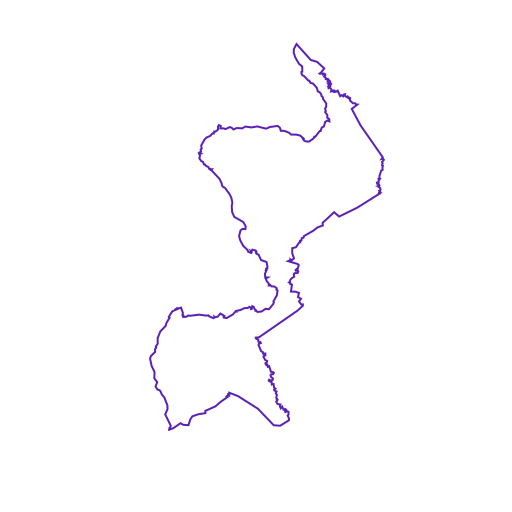 outline of Misamis Oriental, Misamis Oriental, Philippines, rotated 327°
{"feature_id": "2640588B53733148454792", "entity_name": "Misamis Oriental", "entity_type": "district", "adm_level": 2, "iso_a3": "PHL", "parent_name": "Philippines", "parent_adm1": "Misamis Oriental", "projection": "mercator", "projection_center": [124.765, 8.627], "detail": "fine", "context": "isolated", "style": "outline", "palette": "violet", "viewbox_px": 512, "rotation_deg": 327, "n_neighbors": 0, "source": "geoboundaries", "source_scale": "gbopen_adm2", "svg_char_len": 6145}
<svg xmlns="http://www.w3.org/2000/svg" viewBox="0 0 512 512"><g transform="rotate(327 256 256)"><path d="M405.4,100.3L400.4,103.1L398.3,106.2L397.1,110.9L396.7,118.2L398.0,122.2L395.3,126.5L394.3,126.4L393.4,128.2L393.3,129.8L394.3,131.1L395.4,137.4L396.2,138.0L396.0,140.6L397.6,142.1L398.2,144.9L398.6,148.1L397.5,151.6L398.5,153.0L398.8,155.8L398.1,157.4L398.5,159.4L397.8,160.9L398.0,166.3L396.1,169.1L394.1,170.1L393.5,172.5L392.4,172.9L392.6,176.7L391.1,178.7L392.0,181.1L390.9,183.1L389.8,181.3L387.1,181.2L383.5,184.3L381.1,184.1L378.2,186.4L377.4,185.9L371.5,188.0L369.9,188.3L369.7,187.8L368.0,188.8L362.7,188.9L360.0,186.8L359.1,185.2L359.2,183.3L359.7,184.0L360.0,183.7L358.7,179.2L356.0,176.2L351.5,173.2L350.9,170.7L348.1,166.7L345.0,164.5L345.9,161.5L345.0,158.7L338.0,155.4L333.8,154.7L327.6,148.0L322.2,145.7L317.6,141.7L313.9,141.4L309.6,138.2L306.0,137.6L305.4,135.1L304.2,133.6L299.6,133.0L298.4,131.4L295.6,129.6L297.3,127.7L296.1,126.0L294.7,126.7L293.0,129.2L291.8,129.5L289.2,129.5L288.7,128.9L287.2,130.3L286.4,129.5L282.9,130.3L279.1,129.7L276.2,130.3L270.2,133.5L269.0,136.3L267.6,136.5L266.8,138.5L264.9,138.4L265.7,140.1L263.9,139.5L263.8,141.2L261.7,143.2L261.8,146.7L262.8,148.2L262.2,150.8L263.0,151.3L263.0,152.8L264.5,155.5L264.2,157.5L265.2,158.1L264.8,159.0L266.2,159.4L265.5,159.8L265.5,160.9L267.4,171.3L266.8,176.3L265.9,178.2L266.0,180.1L267.1,181.9L267.5,190.0L267.0,193.8L265.2,198.5L262.9,200.8L259.9,206.2L259.1,211.4L263.8,220.5L263.5,225.6L261.7,227.7L259.6,226.0L257.1,226.0L252.7,230.0L251.3,234.3L250.8,240.6L252.1,246.0L251.8,248.3L253.7,250.9L254.4,250.5L254.5,249.2L254.8,249.8L256.4,248.7L258.6,251.1L258.9,252.3L258.2,253.1L258.0,252.8L257.8,253.1L258.3,253.3L257.7,254.6L258.9,256.4L258.0,262.2L261.6,266.7L259.9,271.0L259.5,271.5L258.9,271.0L259.4,271.5L258.7,272.3L257.5,272.1L256.7,272.7L257.7,272.5L256.8,273.8L256.0,273.6L255.3,273.7L256.8,273.8L253.9,275.7L252.1,278.9L254.1,280.4L251.8,280.3L251.3,282.8L251.7,286.0L251.0,287.1L251.5,287.0L251.5,288.1L252.2,288.2L252.4,289.8L254.8,291.6L255.8,294.3L254.8,295.4L255.3,296.7L252.1,300.3L245.9,303.6L245.7,304.7L244.1,305.7L237.9,307.7L235.2,305.5L230.6,305.6L227.0,303.9L225.8,301.7L226.4,301.5L225.9,299.4L226.4,297.8L225.6,296.1L223.6,298.1L222.8,297.8L223.8,295.5L223.2,296.0L222.9,295.1L220.4,295.0L218.1,293.5L213.5,292.8L209.6,291.3L209.4,291.9L208.9,291.3L204.8,292.4L197.6,292.1L195.4,290.0L196.1,288.7L196.7,288.8L195.9,286.8L194.3,285.2L194.9,285.1L195.6,284.6L190.9,286.0L188.2,285.1L188.0,284.4L187.8,284.9L186.4,284.9L183.8,281.0L183.8,279.9L181.8,278.9L176.3,274.2L167.9,270.1L166.9,269.0L164.5,269.0L162.5,268.0L162.6,266.9L161.8,267.1L162.0,265.7L163.7,263.9L165.0,258.4L160.5,257.5L162.1,257.4L161.4,256.7L159.5,256.8L159.5,257.4L155.7,256.8L149.7,259.6L149.9,260.7L144.4,263.4L142.2,265.4L134.7,267.1L128.8,271.3L125.8,276.0L122.6,277.4L122.4,278.4L120.5,279.2L119.2,281.5L113.3,282.7L111.2,284.5L108.6,291.4L107.7,298.1L104.1,303.2L104.5,307.9L100.7,310.8L100.6,314.3L102.0,316.0L102.2,317.4L101.6,320.8L102.1,324.7L100.4,332.9L98.4,336.2L93.6,339.4L92.1,351.7L91.0,352.9L89.9,353.0L89.7,353.7L88.7,354.0L88.5,354.4L93.1,355.4L101.6,355.1L102.9,357.8L107.2,361.1L112.0,357.2L115.3,355.8L121.4,357.3L128.0,360.2L129.1,358.3L140.0,360.0L147.6,359.0L155.0,358.8L154.7,357.8L156.1,357.6L157.1,358.4L157.4,356.9L158.2,357.6L159.1,356.1L164.6,363.7L174.4,385.1L178.7,407.6L183.8,411.5L194.1,411.7L195.1,410.5L195.7,407.0L196.9,406.7L198.4,404.4L197.6,403.3L195.6,402.9L196.3,400.8L197.4,402.1L197.7,401.5L197.2,400.2L195.4,399.8L195.9,396.6L193.8,397.2L194.1,395.2L195.6,393.9L193.4,391.8L193.6,389.2L195.0,388.8L195.1,388.0L195.8,388.1L195.8,385.8L197.9,383.9L197.8,381.9L199.4,380.9L198.1,378.6L198.5,377.9L200.0,377.9L199.5,376.2L201.0,372.9L199.3,372.4L200.5,370.1L199.0,368.5L198.9,367.3L199.7,366.9L200.3,368.4L202.6,369.0L203.5,367.9L202.7,365.4L203.3,363.8L204.4,363.5L206.0,364.5L207.3,363.7L206.9,362.5L205.5,361.3L207.0,355.6L205.6,355.4L206.3,353.4L205.3,353.1L205.3,351.5L205.6,351.0L206.8,351.3L208.2,350.1L207.1,348.3L207.4,344.5L208.3,344.0L209.7,344.5L210.7,342.8L208.8,341.9L209.4,340.5L208.5,338.7L209.6,332.1L210.4,331.3L212.7,331.6L212.7,330.4L211.6,330.2L211.3,329.3L212.3,327.6L211.0,325.1L211.3,324.3L214.2,325.8L261.4,324.4L268.3,323.2L268.9,322.1L267.6,321.3L267.3,317.5L270.4,316.4L268.9,313.2L271.9,310.4L269.7,307.4L265.9,304.9L270.6,299.6L269.5,298.3L270.0,297.7L269.3,296.1L270.4,296.1L271.6,294.8L273.6,294.1L276.8,294.2L277.6,292.1L278.8,291.4L281.7,292.9L282.9,292.1L282.7,291.1L283.3,290.7L282.7,289.8L281.5,290.1L281.5,289.4L284.8,288.8L286.9,286.9L286.5,285.3L280.1,277.8L282.6,278.2L283.0,277.5L283.6,279.0L286.6,278.7L287.7,273.8L290.6,269.2L294.3,270.4L299.6,268.2L300.5,268.6L301.2,267.2L302.6,267.7L304.0,266.0L305.8,266.5L307.1,265.4L318.2,266.0L323.0,265.5L328.7,266.8L329.9,264.5L344.9,261.9L345.4,261.9L347.2,268.2L367.2,270.6L393.3,271.0L392.9,270.4L393.8,269.8L394.1,270.5L394.6,269.7L395.1,270.1L395.0,268.5L395.7,268.8L396.3,268.1L395.8,267.5L396.7,267.9L397.2,266.5L396.6,265.2L397.4,264.3L396.7,263.7L398.0,263.8L397.9,263.1L397.2,263.3L398.0,262.1L397.0,261.4L397.4,260.3L399.0,261.0L400.2,259.2L401.0,259.2L400.9,258.1L402.1,258.4L401.9,257.7L403.3,256.0L407.6,252.5L409.1,252.7L410.6,250.1L411.6,249.5L411.2,248.3L412.8,247.1L412.9,245.8L415.6,245.0L415.4,243.4L414.2,243.0L416.1,242.2L414.8,203.5L416.4,184.8L423.5,184.2L422.3,183.2L422.4,182.0L420.5,180.7L419.5,176.7L421.0,174.9L420.3,173.7L419.6,174.1L419.0,172.7L419.8,172.5L419.7,171.9L418.5,171.7L418.0,170.7L417.7,169.7L418.7,168.8L417.5,168.4L416.0,169.5L415.2,167.6L413.6,167.8L414.6,161.8L412.4,161.8L412.0,160.4L411.0,161.1L410.5,160.5L411.4,160.5L411.4,159.6L408.6,158.8L410.0,157.6L409.6,154.6L408.3,154.7L408.9,153.1L409.6,152.7L411.0,153.9L412.0,152.6L412.8,152.5L412.6,151.3L410.7,151.5L410.3,150.7L413.2,150.0L413.0,148.3L413.8,148.0L411.4,148.3L412.6,146.6L410.8,145.6L411.6,144.4L410.8,142.6L412.8,142.0L413.0,141.4L412.2,139.9L410.9,140.2L410.8,138.3L408.9,138.1L408.7,137.6L410.2,137.7L415.4,135.8L413.0,126.5L408.7,121.4L405.4,100.3Z" fill="none" stroke="#5b21b6" stroke-width="2"/></g></svg>